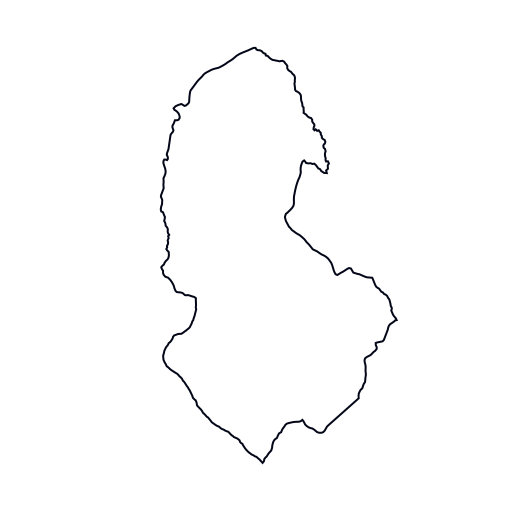 Kabuchai, Western, Kenya (Natural Earth projection), rotated 344°
{"feature_id": "3690345B50484339603555", "entity_name": "Kabuchai", "entity_type": "district", "adm_level": 2, "iso_a3": "KEN", "parent_name": "Kenya", "parent_adm1": "Western", "projection": "natural_earth1", "projection_center": [34.605, 0.696], "detail": "fine", "context": "isolated", "style": "outline", "palette": "ink", "viewbox_px": 512, "rotation_deg": 344, "n_neighbors": 0, "source": "geoboundaries", "source_scale": "gbopen_adm2", "svg_char_len": 6091}
<svg xmlns="http://www.w3.org/2000/svg" viewBox="0 0 512 512"><g transform="rotate(344 256 256)"><path d="M322.3,66.8L320.7,66.0L320.8,64.2L319.5,63.3L318.6,62.2L318.0,60.7L316.4,59.3L314.6,58.7L313.4,57.7L312.9,55.8L311.2,55.3L308.7,55.6L304.9,56.2L299.7,56.7L295.7,57.3L292.5,58.2L287.9,60.3L286.1,60.9L281.9,62.1L279.5,63.0L276.6,63.8L273.3,64.5L272.0,64.7L270.6,64.7L268.9,64.6L265.9,64.6L264.3,64.8L259.4,65.8L257.2,66.4L255.4,67.3L253.6,68.6L249.4,70.9L247.3,72.3L238.8,78.8L238.0,79.9L237.3,81.3L235.7,85.1L234.9,87.5L234.2,89.4L233.2,90.6L230.2,92.0L228.6,92.0L226.3,89.4L224.6,89.3L222.3,89.5L219.9,89.9L217.5,91.3L217.9,93.1L218.9,94.1L220.0,95.7L220.9,97.7L221.1,100.8L220.5,102.5L219.0,103.7L217.6,103.8L215.5,103.2L213.3,106.1L211.6,107.8L211.1,109.5L211.3,112.4L210.4,113.7L208.5,114.9L207.2,116.1L201.3,129.2L198.9,132.5L198.1,134.2L198.5,136.3L198.1,138.3L197.0,139.3L195.9,138.5L194.4,138.0L193.2,139.3L192.6,141.0L192.6,143.7L192.8,146.8L192.5,149.7L191.6,151.9L190.1,153.9L188.5,155.8L187.6,159.4L186.6,162.1L185.9,165.5L181.7,171.1L180.9,172.9L181.2,174.6L181.3,176.4L179.9,180.4L178.6,182.2L177.3,184.9L177.2,187.1L178.6,188.2L178.8,189.7L178.9,191.4L179.2,193.4L178.5,195.1L177.4,197.0L177.8,198.7L177.8,200.3L177.5,202.0L178.5,204.1L178.6,206.2L177.9,207.9L177.7,209.7L178.4,211.8L177.0,212.7L177.0,214.6L175.4,216.7L175.2,219.1L174.4,220.6L173.2,221.7L173.0,223.2L171.7,224.6L172.2,226.2L173.2,228.0L172.4,231.6L171.4,233.5L170.0,234.9L167.7,236.1L166.2,237.4L165.1,238.8L163.3,239.6L161.8,240.7L162.0,242.8L162.6,244.5L162.0,246.6L162.0,248.4L163.1,250.9L165.4,252.5L166.8,254.9L167.9,257.8L168.5,260.4L168.8,262.4L168.7,264.5L169.0,267.2L169.8,268.7L171.5,269.6L172.9,270.0L174.1,270.6L175.3,271.5L176.9,274.0L178.4,274.6L179.8,274.8L181.3,275.7L183.3,277.1L185.3,278.3L186.6,280.0L186.0,281.8L184.8,286.8L184.0,288.6L183.8,290.8L180.2,297.0L178.9,298.7L178.1,300.2L176.7,301.4L175.5,303.2L174.0,304.8L172.9,306.1L171.6,306.9L168.8,308.1L164.3,309.8L162.8,310.2L159.7,309.5L155.5,309.8L154.1,310.7L153.1,312.3L151.0,314.2L149.9,315.0L148.2,315.6L146.8,317.2L144.3,319.0L141.9,321.7L140.3,324.6L139.3,326.1L138.8,328.4L138.5,330.2L138.7,332.2L139.1,333.9L139.5,335.3L139.8,337.4L141.0,338.9L142.0,340.7L143.2,342.4L146.5,346.2L147.8,347.5L148.7,349.2L149.3,350.6L150.1,351.7L151.0,353.5L151.4,355.7L152.3,357.3L153.8,362.3L154.4,363.7L154.7,365.3L155.2,366.7L156.2,372.5L156.3,375.0L157.3,376.9L158.2,378.1L158.4,379.6L158.4,381.3L158.1,383.2L158.9,385.0L160.9,388.7L161.5,390.5L161.8,392.1L162.9,393.8L163.7,395.4L164.3,396.8L165.3,397.9L166.0,399.4L167.8,403.8L170.5,407.2L171.9,408.7L173.4,409.8L174.5,411.7L175.8,413.1L177.1,414.0L178.2,415.3L179.4,416.3L180.9,417.3L183.1,421.5L184.1,422.6L184.9,424.0L187.4,426.0L188.6,427.4L189.4,428.8L189.4,430.3L190.1,431.7L191.2,432.9L191.4,434.4L192.5,437.9L193.2,439.6L194.8,442.6L195.8,443.8L196.9,445.4L198.8,447.1L199.9,448.4L201.0,449.1L203.4,452.8L205.3,456.7L207.0,455.5L208.1,453.4L209.6,452.3L210.8,451.8L213.9,449.1L217.0,447.2L218.6,444.8L219.1,443.4L220.0,441.6L221.4,439.4L222.7,438.1L224.1,437.3L225.9,436.7L228.2,433.9L229.4,432.8L231.6,432.3L233.0,430.5L234.4,429.1L236.1,427.9L237.6,426.5L239.2,425.7L241.2,425.6L244.8,425.8L246.8,426.0L252.0,427.2L253.9,427.0L255.4,426.3L256.0,427.7L256.4,429.3L256.8,431.5L258.0,433.6L259.6,435.4L261.1,436.5L262.6,437.3L264.1,439.0L266.2,442.1L267.3,442.9L268.7,443.6L270.6,444.0L272.2,443.8L274.0,442.7L277.2,439.6L278.8,438.7L315.5,421.1L315.9,419.2L316.4,417.7L317.0,416.4L319.0,414.1L320.2,413.2L321.7,412.5L323.2,410.2L324.4,408.6L326.0,407.3L326.8,405.5L327.4,403.8L329.0,400.1L329.6,396.7L330.7,393.2L331.1,391.5L331.3,387.4L331.7,385.9L332.6,384.5L334.4,383.7L335.7,383.4L337.5,383.1L339.3,382.6L342.7,380.6L344.4,380.0L346.4,378.6L346.9,376.9L346.6,374.6L347.1,372.6L348.3,372.5L351.7,372.7L353.0,372.9L354.4,372.8L355.8,371.9L362.4,363.1L363.2,361.5L364.4,359.8L366.2,358.5L367.9,358.0L370.7,357.0L371.9,356.3L373.5,356.4L373.3,354.6L371.9,351.4L371.5,349.9L371.0,345.7L371.9,344.4L372.2,343.0L371.8,341.2L372.1,338.6L372.2,336.2L372.1,334.2L371.4,332.7L371.1,330.6L370.1,329.0L368.7,327.9L367.9,326.0L366.6,324.9L365.3,321.3L364.1,320.1L363.1,318.7L362.6,316.7L361.8,309.0L359.3,308.0L357.5,307.4L355.7,306.4L353.9,305.0L350.3,302.0L348.5,301.1L345.0,298.8L343.8,294.2L342.0,293.2L340.4,293.5L335.2,295.1L332.7,295.6L329.0,296.7L327.5,295.5L327.0,293.5L326.8,291.5L326.7,285.8L326.4,283.2L325.5,280.7L324.6,278.3L323.2,276.2L321.7,274.5L319.4,272.5L317.6,270.4L316.2,268.6L312.4,265.2L311.7,263.4L310.0,259.4L308.6,256.9L307.2,253.4L305.7,250.9L303.8,248.1L301.1,245.3L297.6,240.8L296.6,238.3L295.8,237.1L294.4,230.6L294.5,226.6L295.5,224.9L296.4,223.7L297.8,223.2L301.9,221.0L304.0,219.7L305.7,218.2L306.9,216.1L308.1,211.7L309.0,209.1L311.7,203.8L313.7,200.2L315.3,197.7L317.4,194.7L319.8,191.9L321.3,189.5L322.2,187.7L322.6,185.5L323.2,183.7L324.1,181.7L325.5,179.7L326.7,178.1L328.6,177.4L329.3,178.8L329.8,180.4L331.8,181.4L334.1,181.9L335.6,183.1L337.4,183.3L338.6,185.0L340.0,188.9L341.6,190.3L342.1,192.3L343.3,193.6L344.3,194.9L345.7,195.3L346.9,195.8L347.0,193.1L349.2,192.0L349.6,190.0L350.0,188.6L351.6,187.1L351.2,184.8L349.4,184.4L349.3,182.8L349.9,181.3L349.9,178.8L350.5,176.5L351.8,174.5L351.8,172.0L350.9,170.7L351.1,168.6L351.9,167.5L353.2,166.9L354.1,165.4L354.0,163.4L352.6,162.0L351.9,160.5L352.3,158.9L351.8,157.0L352.2,155.4L351.4,154.0L350.9,152.4L349.3,152.6L348.3,150.7L346.9,151.3L346.2,149.9L347.0,148.2L348.1,146.9L348.3,145.4L347.5,143.6L347.1,142.1L347.6,140.4L346.9,138.5L345.5,137.7L344.1,136.1L343.3,134.1L341.2,131.5L341.8,130.1L342.2,128.0L342.7,126.3L342.0,125.0L342.5,121.6L342.3,119.4L342.6,117.4L343.1,115.5L343.4,113.6L342.6,111.3L341.2,109.6L339.9,108.5L339.4,106.9L339.9,104.7L340.5,100.7L341.3,99.5L341.7,97.8L342.4,96.1L342.7,94.5L342.5,92.8L341.7,91.6L341.0,90.2L340.4,88.6L339.1,87.3L338.1,85.7L337.8,83.8L338.5,82.0L338.0,80.3L337.2,78.8L336.6,76.9L335.1,75.6L332.1,75.3L330.5,74.3L328.7,73.5L327.4,72.7L326.0,72.1L324.5,70.5L323.4,68.9L322.3,66.8Z" fill="none" stroke="#020617" stroke-width="2"/></g></svg>